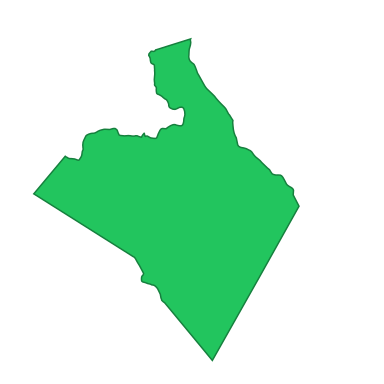 Villa de San Francisco, Francisco Morazán, Honduras (Robinson projection), rotated 219°
{"feature_id": "27666195B57613210290297", "entity_name": "Villa de San Francisco", "entity_type": "district", "adm_level": 2, "iso_a3": "HND", "parent_name": "Honduras", "parent_adm1": "Francisco Morazán", "projection": "robinson", "projection_center": [-86.929, 14.191], "detail": "fine", "context": "isolated", "style": "filled", "palette": "green", "viewbox_px": 384, "rotation_deg": 219, "n_neighbors": 0, "source": "geoboundaries", "source_scale": "gbopen_adm2", "svg_char_len": 6078}
<svg xmlns="http://www.w3.org/2000/svg" viewBox="0 0 384 384"><g transform="rotate(219 192 192)"><path d="M313.8,91.0L196.8,104.8L196.5,104.9L195.7,105.0L194.7,104.8L193.7,104.5L192.5,104.0L189.8,102.9L187.5,102.1L186.6,101.8L178.4,98.3L178.3,98.2L178.2,97.9L178.0,97.4L177.9,97.0L177.8,96.3L177.9,95.6L177.9,95.2L177.8,94.8L177.6,94.2L177.3,93.7L176.9,93.1L176.5,92.6L176.0,92.0L175.6,91.6L175.4,91.4L175.1,91.2L174.8,91.1L174.5,91.1L174.2,91.1L173.8,91.1L173.5,91.2L171.3,92.2L168.5,93.1L168.0,93.4L167.0,93.9L166.5,94.1L166.0,94.3L165.1,94.4L164.7,94.6L164.4,94.7L163.6,95.3L163.0,95.5L162.2,95.7L161.3,95.7L160.5,95.7L159.2,95.5L158.1,95.3L157.4,95.0L154.8,93.8L152.3,92.6L149.4,90.1L148.4,89.6L147.7,89.0L147.3,88.8L146.4,88.7L145.0,88.6L144.3,88.7L143.5,88.7L85.9,77.1L70.2,73.9L85.8,166.6L99.9,248.3L111.5,253.4L114.1,257.1L114.5,257.4L115.1,257.7L115.7,257.9L116.6,258.0L118.0,257.9L118.5,257.8L119.4,257.6L120.3,257.5L121.6,257.4L122.4,257.4L122.8,257.5L123.5,257.6L124.2,257.9L127.6,259.4L130.1,260.4L131.1,260.7L132.1,260.9L132.5,260.9L133.0,260.9L133.5,260.8L133.9,260.7L134.5,260.3L135.2,259.8L135.9,259.3L136.8,258.5L137.6,257.9L138.6,257.4L139.5,257.0L140.4,256.7L140.9,256.6L141.3,256.6L142.0,256.8L144.0,257.4L145.2,257.9L145.9,258.1L146.4,258.1L147.6,258.1L148.6,258.1L156.3,258.8L156.9,258.9L158.0,259.1L158.5,259.2L160.2,259.3L163.3,259.3L164.6,259.3L165.5,259.4L166.5,259.6L167.6,259.8L170.3,260.6L171.1,260.8L171.9,260.8L172.7,260.8L173.2,260.7L174.8,260.3L176.4,260.0L177.2,259.8L178.4,259.3L179.5,258.8L181.5,257.7L182.4,257.3L183.1,257.1L183.7,257.0L184.3,256.9L184.8,257.0L185.4,257.1L186.1,257.4L186.6,257.8L190.3,260.8L191.6,261.9L192.2,262.2L193.2,262.6L193.9,262.9L195.3,263.7L196.7,264.6L198.1,265.7L199.5,266.9L201.7,269.1L204.0,271.5L204.6,272.3L205.1,273.2L205.3,273.4L205.6,273.5L207.8,274.2L211.1,275.4L211.7,275.5L212.4,275.6L212.8,275.7L217.5,277.7L218.4,278.0L219.4,278.2L220.6,278.4L224.6,278.8L227.7,279.2L229.1,279.4L231.9,279.9L232.8,280.1L233.9,280.4L234.8,280.6L236.6,280.8L238.6,281.0L245.0,281.5L246.2,281.7L247.4,282.0L248.5,282.3L249.5,282.7L252.8,284.0L256.5,285.5L259.5,286.7L261.3,287.4L262.0,287.6L262.8,288.0L265.0,289.4L268.1,291.2L269.3,291.8L270.4,292.3L270.8,292.4L271.3,292.5L273.3,292.4L274.9,292.5L275.6,292.6L276.2,292.7L277.1,293.1L277.8,293.5L278.2,293.8L278.7,294.2L279.5,294.9L279.8,295.3L280.7,296.6L282.2,298.6L283.2,300.0L283.9,301.0L285.7,305.2L286.5,306.5L286.9,307.2L287.3,307.6L288.0,308.3L288.8,308.9L288.9,309.1L289.2,309.5L289.4,310.1L309.7,279.5L309.6,278.9L309.6,278.5L309.7,278.3L309.8,277.8L310.2,277.2L310.4,277.0L311.9,276.1L312.1,275.9L312.3,275.7L312.4,272.8L312.4,272.4L312.3,272.2L312.1,271.8L311.9,271.4L311.6,271.0L311.4,270.8L311.1,270.7L310.5,270.6L310.1,270.4L309.6,270.1L309.0,269.8L308.2,269.2L307.4,268.3L306.7,267.7L306.0,267.1L305.3,266.7L305.0,266.6L304.7,266.5L303.7,266.6L303.1,266.7L302.4,267.0L302.0,267.0L301.6,267.0L301.3,266.9L301.0,266.7L300.8,266.6L299.3,264.9L298.3,263.9L297.4,262.7L296.5,261.8L295.8,261.0L295.0,260.0L293.6,257.9L292.1,255.7L290.7,254.2L289.5,253.1L289.1,252.5L288.9,252.2L288.7,251.9L288.4,251.6L288.1,251.4L287.6,251.3L286.6,251.1L285.7,250.8L285.5,250.7L285.1,250.4L284.7,249.7L284.4,249.3L283.3,248.0L282.3,247.1L281.9,246.7L281.5,246.5L281.0,246.4L280.5,246.4L279.8,246.6L279.0,246.9L278.5,247.0L277.2,247.2L276.1,247.4L275.3,247.4L274.1,247.3L272.7,247.3L271.7,247.3L270.4,247.6L269.7,247.6L269.0,247.4L267.9,247.0L267.1,246.6L266.0,246.0L265.3,245.5L264.7,244.8L264.3,244.4L263.8,244.1L263.4,243.8L263.0,243.7L262.5,243.6L262.1,243.6L261.4,243.7L260.1,244.0L259.1,244.3L258.7,244.5L257.7,245.2L257.0,245.8L256.6,246.5L256.3,247.0L255.7,248.3L255.1,249.7L254.9,250.0L254.6,250.3L253.6,251.3L253.1,251.6L252.6,251.7L252.2,251.8L251.8,251.8L251.4,251.8L251.1,251.7L250.4,251.3L249.9,251.0L248.3,249.9L246.8,248.3L246.5,248.1L245.9,247.1L245.5,246.4L245.2,245.8L244.8,244.6L244.3,243.7L242.8,241.5L242.3,240.5L241.9,239.6L241.7,239.0L241.6,238.4L241.6,237.9L241.7,237.4L241.9,236.9L242.3,236.4L242.7,236.1L243.7,235.4L245.1,234.7L246.1,234.2L247.4,233.8L247.8,233.5L248.3,233.2L248.6,232.9L249.1,232.3L249.6,231.5L250.4,230.0L250.7,229.2L251.5,226.9L251.7,226.2L251.8,225.4L251.8,225.2L252.1,224.8L253.0,224.1L254.2,223.3L254.7,223.0L255.2,222.4L255.5,221.9L255.7,221.4L255.7,220.8L255.7,220.0L255.5,218.9L255.2,217.6L254.7,215.5L254.4,214.8L253.9,213.1L253.7,212.6L253.6,212.1L253.6,211.7L253.7,211.3L253.9,211.0L254.1,210.7L255.1,209.9L256.2,209.2L257.4,208.5L258.1,208.1L258.7,207.9L261.8,207.4L262.0,207.3L262.5,206.9L263.0,206.5L263.1,206.3L263.2,205.9L263.3,205.8L263.6,205.8L264.0,206.0L265.3,207.0L265.8,207.4L265.9,207.5L266.1,207.5L266.1,207.3L266.2,206.7L266.2,205.2L266.0,203.7L265.9,203.4L265.7,203.0L265.7,202.9L265.8,202.7L266.2,202.5L267.2,202.1L268.4,201.6L269.6,201.3L269.9,201.2L270.2,201.0L270.9,200.5L271.4,200.0L271.7,199.6L272.1,199.0L272.4,198.8L273.4,198.0L275.5,196.8L276.5,196.1L277.1,195.7L278.1,194.7L279.8,193.1L281.8,191.8L283.2,190.9L283.8,190.6L284.2,190.5L284.5,190.5L285.0,190.6L285.3,190.8L285.8,191.1L286.7,191.5L288.8,192.8L289.1,192.9L289.3,193.0L290.2,193.1L291.1,193.0L291.5,193.0L291.8,192.9L292.3,192.5L292.8,192.1L293.3,191.6L294.5,189.9L295.1,189.0L295.4,188.7L297.6,187.1L298.7,186.3L299.7,185.5L300.2,184.9L301.6,183.0L302.3,182.0L302.6,181.4L303.4,179.8L303.8,178.5L304.1,177.9L304.3,177.3L304.7,176.7L305.0,176.2L305.5,175.7L306.3,175.0L307.0,174.3L307.3,174.0L308.3,172.5L308.7,171.9L309.0,171.2L309.4,170.4L309.6,169.8L309.7,169.2L309.7,168.6L309.6,168.2L308.7,164.4L308.3,163.1L308.0,162.3L307.7,161.7L307.2,161.0L306.6,160.0L306.2,159.5L305.5,158.8L304.5,157.7L303.7,157.0L303.5,156.7L303.1,155.8L302.9,154.8L302.7,154.4L302.5,154.0L301.8,152.9L301.1,151.7L300.7,150.9L300.5,150.4L300.3,149.5L300.1,148.1L300.0,147.2L299.9,146.1L300.0,145.8L300.0,145.5L300.2,145.3L300.4,145.1L301.1,144.8L302.6,144.3L304.0,143.8L306.8,142.0L308.1,141.0L308.6,140.7L309.0,140.6L309.6,140.4L310.8,140.3L312.0,140.0L312.5,140.0L313.0,140.0L313.8,91.0Z" fill="#22c55e" stroke="#15803d" stroke-width="1.5"/></g></svg>